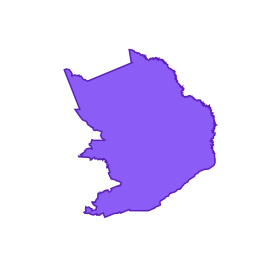 Knox, Victoria, Australia, rotated 149°
{"feature_id": "25037944B93608479315967", "entity_name": "Knox", "entity_type": "district", "adm_level": 2, "iso_a3": "AUS", "parent_name": "Australia", "parent_adm1": "Victoria", "projection": "robinson", "projection_center": [145.215, -37.899], "detail": "fine", "context": "isolated", "style": "filled", "palette": "violet", "viewbox_px": 256, "rotation_deg": 149, "n_neighbors": 0, "source": "geoboundaries", "source_scale": "gbopen_adm2", "svg_char_len": 5646}
<svg xmlns="http://www.w3.org/2000/svg" viewBox="0 0 256 256"><g transform="rotate(149 128 128)"><path d="M152.7,210.7L159.7,168.8L163.8,171.2L163.3,162.9L162.7,158.4L160.2,154.9L160.6,151.9L160.5,151.0L159.7,150.1L159.1,147.8L157.7,146.3L158.4,145.4L158.4,144.0L157.4,142.7L155.9,142.4L152.3,138.4L155.2,135.7L155.7,133.3L154.1,129.7L155.1,129.9L163.8,135.1L165.0,136.5L167.3,134.1L169.4,134.3L169.8,133.5L169.6,132.5L169.0,131.7L169.6,128.7L171.4,130.5L174.2,131.4L176.8,130.7L176.9,130.0L177.6,129.8L181.9,129.6L181.2,129.0L181.1,128.3L183.3,128.3L184.8,129.2L184.9,128.6L176.5,122.9L176.1,121.8L176.3,120.7L176.1,120.3L176.5,119.9L175.5,119.6L173.9,120.2L171.9,120.2L172.1,118.4L170.7,118.0L170.0,117.0L170.1,116.3L168.0,116.0L168.1,115.2L165.6,114.6L166.0,113.9L165.5,114.1L165.5,113.5L165.2,113.4L165.1,114.1L164.5,114.2L163.5,111.1L164.7,111.1L164.7,110.4L164.9,110.4L164.8,109.9L163.9,109.7L163.9,109.0L165.0,107.3L164.9,106.8L164.1,106.2L164.8,105.7L166.3,105.7L166.5,104.7L165.1,104.6L165.3,103.1L165.9,101.9L166.2,99.3L167.9,99.5L168.6,93.0L165.2,89.6L165.3,88.8L163.3,87.2L162.0,84.4L163.2,83.5L163.8,83.5L163.9,82.7L166.2,83.0L166.2,83.6L173.9,84.8L173.8,83.3L176.8,82.5L177.3,83.2L177.1,85.2L179.0,85.5L178.8,85.9L179.3,86.1L181.8,86.2L181.9,85.9L185.1,86.4L184.9,88.0L185.3,86.4L187.3,86.7L187.2,87.3L187.5,87.2L190.3,83.1L190.7,83.4L192.7,82.7L193.2,82.0L194.0,82.0L194.2,81.1L195.4,81.4L196.3,82.2L196.0,82.7L197.1,83.1L197.1,80.1L196.8,78.9L195.2,77.1L195.2,76.6L196.3,76.0L197.7,74.3L199.2,75.1L201.7,75.6L200.6,77.4L201.7,78.1L201.8,79.5L202.4,80.4L204.4,81.1L204.8,82.1L206.3,80.0L206.8,78.5L207.2,78.1L209.1,78.4L209.0,77.4L206.6,75.6L204.4,74.8L204.8,73.8L202.5,71.3L198.9,70.6L199.6,69.5L197.2,67.9L196.2,68.3L193.1,67.9L193.8,63.4L183.7,61.8L180.7,60.2L178.2,60.3L178.4,59.0L168.8,57.4L169.0,56.2L153.1,46.6L146.7,45.7L146.7,46.0L145.2,46.1L140.7,45.3L139.7,45.6L139.2,47.4L138.4,48.5L137.9,48.8L133.4,48.7L130.4,49.5L128.6,48.9L125.8,50.3L120.0,49.0L117.2,49.8L114.8,48.8L108.7,51.1L104.2,51.2L102.9,52.1L101.0,52.3L96.4,52.3L95.5,52.6L94.7,53.5L90.8,53.4L89.5,54.1L84.0,53.2L79.9,51.4L74.1,51.7L72.7,52.3L71.2,53.6L69.3,56.7L69.0,58.0L67.4,61.0L66.9,61.3L67.5,62.9L66.9,62.7L66.6,63.3L66.7,63.7L67.4,63.5L66.7,64.7L67.1,65.1L66.5,66.4L66.7,67.1L65.9,67.1L65.9,68.0L66.4,68.3L65.7,68.5L65.6,69.0L65.4,68.4L64.7,68.9L65.3,69.0L65.4,70.0L65.0,69.5L64.6,69.9L63.8,69.8L64.0,69.4L63.4,69.5L63.4,71.3L62.4,71.9L63.0,72.2L62.7,72.6L63.3,72.6L63.3,73.0L62.8,73.2L63.4,73.5L63.2,73.8L63.6,73.6L64.2,74.3L63.6,74.6L63.2,74.2L62.8,74.7L62.8,74.1L62.5,74.1L62.6,74.8L62.2,74.7L62.2,75.0L61.4,75.7L60.1,75.3L58.9,77.1L57.9,77.1L57.5,77.6L57.2,77.4L56.0,78.8L57.8,80.4L57.5,80.5L57.4,81.8L56.8,80.9L56.4,81.3L56.1,81.2L54.9,82.5L55.7,82.7L55.3,83.5L53.9,83.4L54.2,84.0L53.0,84.3L53.4,85.3L52.5,85.6L52.8,85.0L52.4,84.9L52.1,85.3L51.4,85.2L51.9,85.6L50.9,86.0L51.4,86.6L51.7,86.4L51.7,86.9L50.3,87.0L51.2,87.2L50.8,87.8L51.3,87.8L50.5,88.3L50.5,88.6L51.2,88.6L50.2,89.6L50.2,90.2L51.0,90.0L49.8,90.7L49.9,91.8L49.0,92.6L49.5,92.7L49.2,93.0L49.4,93.7L48.4,93.6L48.2,94.3L49.2,94.9L49.2,96.0L49.6,96.0L48.9,96.6L49.5,96.5L49.5,97.0L48.3,96.7L48.5,97.3L47.9,97.3L48.3,97.8L48.7,97.7L48.4,98.4L48.8,98.9L47.3,100.3L47.5,101.1L48.1,101.3L47.5,101.7L47.7,102.2L46.9,102.9L47.6,103.3L47.9,102.8L48.2,103.0L47.8,104.6L47.0,104.6L46.9,105.0L47.2,105.2L47.0,105.4L48.5,105.3L48.3,105.8L49.1,106.0L49.3,107.3L50.1,107.4L50.3,106.8L50.7,107.9L51.6,108.3L50.9,108.8L51.6,109.1L51.1,109.4L51.3,109.7L50.7,109.8L51.7,110.4L51.1,110.7L50.8,110.4L50.5,111.4L51.2,111.4L51.6,112.1L52.2,112.0L52.1,112.6L51.7,112.6L51.6,113.5L51.2,113.4L51.7,113.7L51.6,114.1L52.1,113.9L52.5,115.1L53.4,114.8L53.0,115.1L53.4,115.9L53.8,115.5L54.7,115.8L55.3,116.7L55.3,117.4L56.6,118.5L56.3,119.3L55.5,119.4L56.5,119.8L56.5,120.4L57.0,120.7L56.8,121.3L57.5,122.1L57.1,122.3L58.3,123.2L58.2,123.7L59.2,124.3L60.5,124.4L61.1,123.8L62.1,125.2L62.9,125.5L63.5,125.1L64.0,126.6L63.9,127.7L64.7,127.5L65.0,128.1L64.2,129.3L63.9,128.9L64.1,130.1L63.5,130.1L64.2,130.7L64.0,131.3L63.3,131.4L62.7,132.3L61.6,131.9L61.1,132.9L60.6,132.3L60.2,132.7L60.4,133.4L59.9,133.5L60.3,134.2L60.9,133.8L60.6,134.6L60.9,135.1L60.5,135.4L61.3,135.3L61.8,136.0L61.7,136.8L61.2,136.9L61.3,137.8L61.8,137.9L61.6,139.2L62.4,142.6L61.4,142.8L62.1,144.7L61.4,144.9L61.8,145.4L61.7,145.7L61.1,145.6L61.0,146.6L61.8,146.3L61.5,146.9L60.4,147.0L60.8,147.8L59.8,148.3L60.4,148.8L60.1,149.3L60.6,149.5L60.1,149.8L59.8,151.2L59.1,151.8L59.8,151.9L59.4,152.7L59.9,153.0L59.2,153.4L59.8,153.7L59.9,154.7L60.4,154.9L60.7,156.2L61.3,156.7L61.1,157.1L61.8,157.5L62.3,159.6L62.0,160.8L61.4,162.0L62.1,162.7L62.3,163.4L62.0,164.2L63.0,164.1L63.4,164.5L63.4,164.9L62.8,165.3L63.6,165.6L63.6,166.5L62.7,166.8L63.0,167.5L63.6,167.7L63.0,168.4L63.4,168.9L64.1,168.6L64.5,169.1L64.0,169.3L64.3,169.8L65.4,170.1L65.4,170.5L66.3,170.5L66.1,171.1L67.2,171.4L66.1,171.9L67.4,172.3L67.0,172.8L68.1,173.5L67.7,173.8L68.0,174.1L69.0,173.4L69.7,174.4L70.1,174.1L70.5,174.8L70.9,174.0L71.2,174.8L71.7,174.8L71.7,175.3L72.6,175.9L73.1,175.5L73.9,176.0L74.4,175.4L75.3,175.4L76.4,177.5L76.2,177.8L76.8,178.3L77.2,178.1L77.1,179.0L76.2,179.2L76.2,179.6L76.7,179.8L76.1,180.5L77.3,180.8L76.4,181.7L77.9,182.2L77.5,182.9L78.0,183.5L79.5,183.8L79.5,185.2L80.1,186.6L80.8,187.4L81.5,187.3L82.3,188.9L83.3,189.7L83.1,191.1L84.2,192.1L84.3,192.8L86.6,194.6L91.3,182.8L90.8,181.9L138.7,189.0L139.6,191.1L141.3,192.8L141.5,196.6L143.0,197.2L142.8,198.5L144.1,198.7L146.6,201.0L149.3,201.6L149.3,202.2L148.5,202.4L148.0,203.5L148.0,205.9L148.4,208.3L150.6,210.4L152.7,210.7Z" fill="#8b5cf6" stroke="#5b21b6" stroke-width="1.5"/></g></svg>